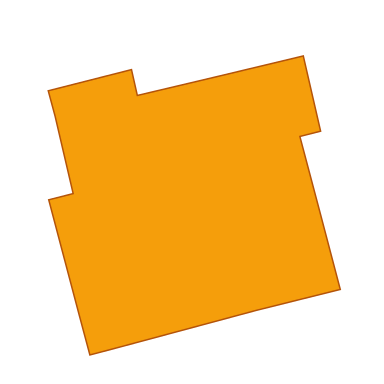 the district of Whitley, Indiana, United States of America, rotated 346°
{"feature_id": "52423323B56152187433060", "entity_name": "Whitley", "entity_type": "district", "adm_level": 2, "iso_a3": "USA", "parent_name": "United States of America", "parent_adm1": "Indiana", "projection": "robinson", "projection_center": [-85.517, 41.149], "detail": "fine", "context": "isolated", "style": "filled", "palette": "amber", "viewbox_px": 384, "rotation_deg": 346, "n_neighbors": 0, "source": "geoboundaries", "source_scale": "gbopen_adm2", "svg_char_len": 373}
<svg xmlns="http://www.w3.org/2000/svg" viewBox="0 0 384 384"><g transform="rotate(346 192 192)"><path d="M52.8,284.6L53.5,325.4L82.8,325.0L225.6,322.4L268.9,322.4L312.3,322.4L311.3,245.5L310.1,164.2L331.5,164.1L332.9,86.9L246.4,86.1L162.3,85.1L162.9,58.6L77.0,59.0L77.5,85.4L76.3,164.8L51.1,164.9L52.8,284.6Z" fill="#f59e0b" stroke="#b45309" stroke-width="1.5"/></g></svg>